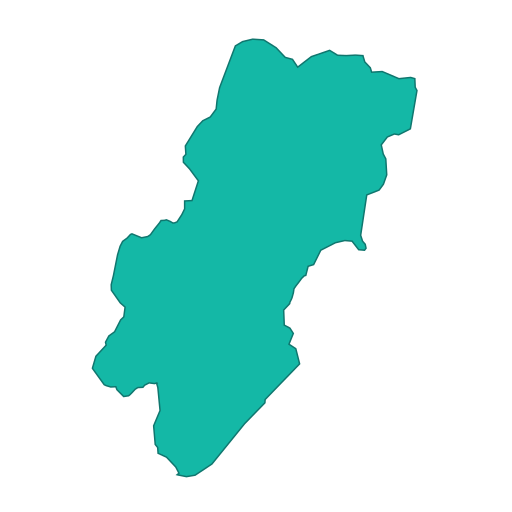 Fria, Fria, Guinea (Robinson projection), rotated 177°
{"feature_id": "49546643B99930178329351", "entity_name": "Fria", "entity_type": "district", "adm_level": 2, "iso_a3": "GIN", "parent_name": "Guinea", "parent_adm1": "Fria", "projection": "robinson", "projection_center": [-13.565, 10.528], "detail": "fine", "context": "isolated", "style": "filled", "palette": "teal", "viewbox_px": 512, "rotation_deg": 177, "n_neighbors": 0, "source": "geoboundaries", "source_scale": "gbopen_adm2", "svg_char_len": 1989}
<svg xmlns="http://www.w3.org/2000/svg" viewBox="0 0 512 512"><g transform="rotate(177 256 256)"><path d="M138.7,450.5L146.1,451.4L155.4,451.4L164.0,452.2L171.7,457.5L190.3,452.2L204.5,442.4L209.3,450.5L216.4,452.8L225.0,462.9L237.0,471.4L248.0,472.7L258.2,470.8L265.6,466.9L283.5,426.1L286.7,413.7L288.1,404.8L294.4,397.2L302.0,393.9L307.8,388.4L320.8,369.6L320.7,361.2L323.4,358.6L323.6,353.4L317.8,346.5L309.6,334.1L317.0,314.7L324.4,314.7L324.8,306.8L327.9,301.2L333.0,294.2L335.7,293.3L337.3,293.3L340.0,295.1L343.6,296.8L345.5,296.4L349.0,296.4L350.6,294.2L355.7,288.5L360.3,282.8L363.1,281.1L369.3,280.2L378.7,284.6L380.2,284.1L383.8,280.6L388.4,277.6L391.2,272.8L394.2,264.4L394.3,264.0L399.4,243.9L402.1,234.9L402.2,229.4L394.0,216.3L389.4,211.8L391.2,202.1L394.5,199.3L401.2,187.7L407.1,183.9L410.8,177.8L410.3,174.8L421.1,164.3L425.4,152.0L425.3,152.3L425.2,152.3L414.3,135.4L412.4,134.4L407.9,132.8L402.8,132.8L401.9,129.8L395.5,122.6L390.5,123.1L389.1,124.1L386.8,126.2L383.6,129.3L380.9,130.8L375.8,130.8L374.0,132.8L369.4,134.9L364.0,133.9L361.7,134.4L361.4,134.1L361.8,133.6L360.9,129.8L359.9,106.7L367.1,91.8L366.5,73.1L364.2,69.9L364.1,64.1L355.9,59.8L347.1,49.4L344.3,43.1L346.2,41.7L345.6,41.5L337.0,39.3L328.3,40.3L310.9,50.6L276.1,89.2L254.8,108.9L254.4,112.2L218.1,146.0L221.1,161.3L227.7,166.2L222.8,176.7L225.9,182.2L231.4,185.5L231.2,200.6L224.9,206.6L225.0,206.8L224.9,206.9L224.5,208.2L223.0,210.8L222.2,212.5L220.6,217.3L219.8,221.3L217.5,224.3L214.8,227.4L211.6,231.3L208.7,233.8L207.3,234.0L204.5,243.0L198.9,244.4L191.0,258.4L176.0,265.1L166.5,266.8L159.3,265.8L153.1,256.9L147.3,256.1L145.7,258.0L146.3,262.0L148.8,265.2L150.4,271.2L142.2,311.2L129.6,315.4L125.0,321.0L121.2,330.2L121.3,346.2L123.6,351.2L125.1,360.4L118.6,368.0L111.4,370.6L107.2,369.6L95.2,374.9L86.6,412.8L88.2,416.2L88.1,424.8L92.2,426.2L104.0,425.6L120.3,433.6L130.9,433.5L132.0,438.0L137.2,444.1L138.7,450.2L138.7,450.5Z" fill="#14b8a6" stroke="#0f766e" stroke-width="1.5"/></g></svg>